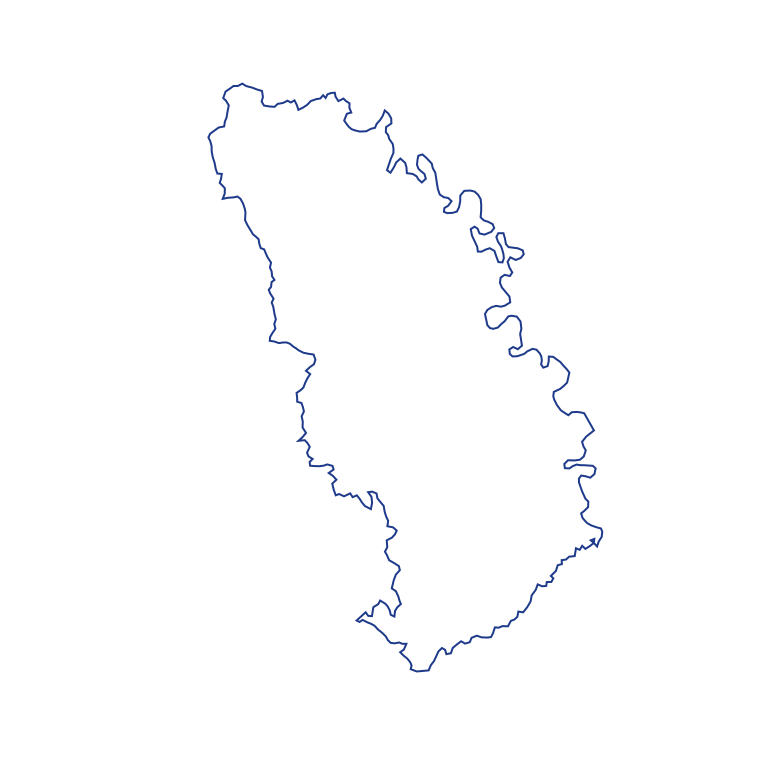 Otacílio Costa, Santa Catarina, Brazil, rotated 203°
{"feature_id": "56859067B66528087986219", "entity_name": "Otacílio Costa", "entity_type": "district", "adm_level": 2, "iso_a3": "BRA", "parent_name": "Brazil", "parent_adm1": "Santa Catarina", "projection": "orthographic", "projection_center": [-49.975, -27.498], "detail": "fine", "context": "isolated", "style": "outline", "palette": "blue", "viewbox_px": 768, "rotation_deg": 203, "n_neighbors": 0, "source": "geoboundaries", "source_scale": "gbopen_adm2", "svg_char_len": 6167}
<svg xmlns="http://www.w3.org/2000/svg" viewBox="0 0 768 768"><g transform="rotate(203 384 384)"><path d="M440.5,298.3L435.1,301.3L431.6,299.9L427.8,297.2L428.0,290.7L425.3,287.9L420.4,287.1L422.0,283.2L420.1,279.9L416.4,281.1L411.1,283.2L407.7,285.2L404.8,287.8L399.4,288.5L397.0,285.6L400.1,280.5L395.2,279.5L390.4,277.3L392.7,272.1L388.8,266.8L384.9,262.7L382.3,265.2L376.9,265.0L372.4,270.1L368.6,267.6L365.5,270.9L361.4,268.7L358.1,266.4L353.9,264.2L347.2,263.7L348.5,269.9L351.4,275.2L356.3,278.2L352.8,280.3L348.1,280.3L345.4,276.2L340.9,273.8L336.7,271.7L333.4,266.6L330.2,262.8L326.7,259.7L325.3,254.4L319.7,255.6L315.0,254.0L315.2,249.8L316.7,245.6L320.4,241.2L317.2,235.0L317.6,230.0L314.6,227.8L310.4,223.8L304.6,223.1L299.2,222.2L296.7,218.9L298.6,213.2L298.4,207.5L297.0,198.9L292.1,197.9L287.8,194.0L285.0,190.5L282.5,188.1L284.5,183.6L285.2,179.5L283.6,174.0L287.6,174.2L290.3,177.9L293.7,180.7L296.8,182.2L302.9,183.2L303.3,179.1L306.6,174.4L304.4,165.6L307.9,164.4L311.7,166.7L316.8,155.6L313.5,155.4L311.5,158.5L306.6,158.1L302.2,158.2L298.3,157.8L293.4,155.6L288.3,154.2L283.6,152.3L280.3,149.7L276.6,148.3L272.8,149.5L269.0,152.0L265.6,152.0L261.9,153.6L261.9,147.4L264.3,143.4L260.0,141.7L255.2,140.3L251.1,138.1L248.6,135.6L248.0,131.9L241.5,132.2L231.0,137.8L231.0,143.6L229.7,148.6L229.4,159.1L227.5,163.6L223.9,163.2L221.0,159.7L217.2,162.3L217.6,167.9L215.0,173.0L212.5,177.3L208.0,176.7L204.2,179.8L204.2,184.6L200.2,188.6L195.3,188.9L190.2,190.8L186.6,192.8L186.3,197.1L186.8,203.3L183.2,204.5L180.4,207.4L175.2,209.4L174.7,215.5L171.9,218.2L170.3,221.8L171.4,227.0L166.7,228.2L164.9,234.8L164.1,241.2L165.5,247.2L163.9,253.7L164.2,259.6L159.4,259.6L155.8,261.5L156.8,265.3L152.6,267.2L152.2,271.3L155.4,272.5L152.7,279.2L153.3,285.0L149.9,287.8L151.6,291.3L147.9,293.5L146.1,297.4L141.2,300.1L143.1,307.8L139.1,307.8L138.3,312.5L134.2,310.9L131.1,315.4L128.7,319.7L124.4,317.7L124.8,322.8L123.9,328.5L125.4,333.4L127.9,335.8L132.1,335.2L137.5,334.8L142.5,335.3L145.6,336.6L148.9,338.3L152.0,341.9L150.0,345.6L148.0,350.4L150.0,355.6L153.9,357.2L159.8,362.7L166.1,369.6L167.6,373.1L166.7,376.8L162.6,377.8L157.5,378.4L155.1,383.3L156.2,389.0L159.8,390.3L168.7,387.2L171.8,385.9L175.2,385.1L178.2,382.1L180.3,378.8L184.6,377.2L186.8,380.8L184.8,385.7L178.5,388.2L174.0,390.9L171.8,395.3L172.3,401.7L176.0,404.5L179.1,408.2L177.3,414.6L172.6,423.3L188.3,435.3L191.9,434.7L195.7,433.6L200.1,431.4L202.1,427.3L207.6,428.2L211.2,429.0L216.7,432.3L221.2,436.1L223.4,438.9L224.6,443.1L220.0,448.2L217.5,453.0L216.0,456.9L217.8,466.9L221.3,468.9L226.2,471.1L230.4,473.2L234.7,474.1L238.7,475.1L243.0,473.7L241.2,469.0L240.4,464.4L243.8,461.3L247.0,463.4L247.9,467.3L249.8,470.6L252.3,472.9L257.1,475.2L261.0,474.4L264.9,470.0L266.7,466.5L272.2,461.6L276.5,459.6L279.9,460.8L282.1,464.7L279.6,468.5L274.4,468.3L272.0,473.2L278.2,483.2L279.2,488.7L282.8,494.9L288.1,497.9L293.2,496.7L296.0,494.8L297.5,488.9L299.3,485.4L301.3,480.4L304.9,477.5L308.3,476.9L311.8,478.5L318.4,487.9L317.8,492.5L315.1,496.6L311.4,499.7L306.5,500.9L303.3,503.4L299.7,508.5L302.7,513.5L313.2,518.9L316.8,522.4L318.2,527.5L315.6,531.6L310.3,532.6L309.5,536.8L314.0,540.2L318.0,544.8L317.2,550.0L311.3,549.6L307.3,553.5L306.1,558.1L308.5,561.2L313.9,561.2L322.8,558.7L326.4,560.4L329.7,565.4L333.0,569.5L337.7,567.5L338.0,563.2L334.6,559.5L330.2,556.6L327.3,553.4L324.9,550.4L322.8,546.6L322.5,542.2L326.3,540.9L330.1,544.9L334.4,549.7L339.7,550.3L342.9,547.5L346.1,543.8L349.4,542.6L351.8,546.7L361.0,555.0L364.7,560.5L362.1,564.2L358.6,563.6L354.9,559.9L349.8,560.8L344.7,566.0L343.5,570.6L346.4,573.6L351.4,574.0L356.1,573.6L360.2,575.2L362.3,581.6L364.5,586.9L367.3,592.0L371.4,595.0L375.8,596.5L380.2,595.8L385.6,593.1L387.4,587.3L385.2,581.8L384.0,576.0L384.3,571.2L387.8,568.3L392.6,566.0L396.1,565.9L397.2,569.5L394.5,573.3L393.3,578.7L397.5,580.3L402.1,579.3L406.7,580.2L410.5,584.4L414.1,590.0L417.0,594.8L419.4,598.6L423.5,601.8L426.2,605.6L433.8,608.9L438.3,610.3L441.6,607.5L440.7,603.2L439.3,598.7L436.4,595.6L433.3,594.4L428.9,593.2L425.7,589.3L427.9,584.3L432.1,585.7L435.1,587.9L439.6,588.6L445.3,587.0L448.1,592.4L451.0,595.9L457.0,597.9L459.3,592.8L459.6,587.3L460.6,581.0L464.8,582.0L465.7,593.9L465.6,600.4L467.3,604.5L469.8,608.4L474.9,611.6L477.4,614.7L480.7,616.5L482.5,621.2L479.0,626.8L481.2,631.4L485.7,634.7L490.2,636.1L489.9,630.8L490.6,625.9L492.4,620.6L492.4,616.3L495.7,613.9L499.1,609.7L505.0,606.9L510.0,606.1L513.4,605.9L516.9,607.0L520.5,609.0L523.6,611.0L523.8,618.2L520.2,621.1L523.8,624.7L525.4,628.9L529.6,629.6L532.8,630.9L536.5,626.6L540.9,629.6L543.1,632.9L546.3,631.3L549.2,628.6L549.5,624.5L552.9,626.0L554.2,621.9L557.6,619.8L562.0,615.8L563.8,610.9L566.7,606.6L569.9,602.9L573.2,606.7L577.2,610.1L579.8,606.7L583.5,607.1L586.8,603.2L591.3,600.3L593.0,596.4L597.6,594.8L603.2,593.4L607.0,596.2L607.6,600.9L610.8,606.1L615.7,605.5L621.3,605.3L627.2,604.4L631.8,605.1L635.0,601.2L639.0,599.5L641.0,596.1L644.1,591.3L643.7,584.3L640.3,583.1L635.7,579.8L634.6,574.2L633.0,567.5L633.0,563.5L631.8,558.6L636.4,555.5L641.8,546.5L642.0,542.4L638.8,539.6L635.7,535.7L633.5,530.8L630.3,525.9L626.3,521.3L622.9,516.2L619.6,512.6L615.4,514.0L614.2,509.3L613.8,504.9L610.4,503.6L607.0,502.0L605.0,497.0L604.8,491.4L600.5,494.4L595.4,497.0L592.1,499.3L588.5,498.4L584.2,495.0L580.6,490.9L578.6,487.9L575.9,480.5L571.9,477.0L562.9,470.5L559.6,469.6L555.9,468.2L553.7,464.5L550.5,460.9L546.9,461.1L543.8,458.0L540.5,455.0L535.4,451.6L534.5,446.6L531.4,443.7L529.1,439.4L525.5,437.0L527.3,433.9L525.9,429.2L526.9,425.7L524.3,423.0L519.0,419.4L519.2,415.1L516.1,411.8L512.3,405.9L508.8,401.2L508.5,396.5L505.6,392.4L506.7,386.9L507.2,382.6L506.0,379.1L501.9,380.2L496.7,380.6L493.1,382.8L489.9,384.2L486.4,384.3L482.1,383.0L478.7,382.4L475.4,381.6L470.3,381.3L464.9,382.4L460.3,383.6L456.6,379.5L456.2,374.9L458.7,370.7L461.0,365.7L455.8,364.2L456.7,359.7L457.0,354.2L456.8,349.3L458.2,346.0L461.0,341.6L458.7,337.7L457.0,333.8L452.5,334.2L449.6,331.0L447.0,327.5L447.2,322.1L444.1,317.7L442.0,312.2L436.7,308.5L438.2,303.4L440.5,298.3ZM128.7,319.7L132.6,320.9L129.9,323.6L128.7,319.7Z" fill="none" stroke="#1e3a8a" stroke-width="2"/></g></svg>